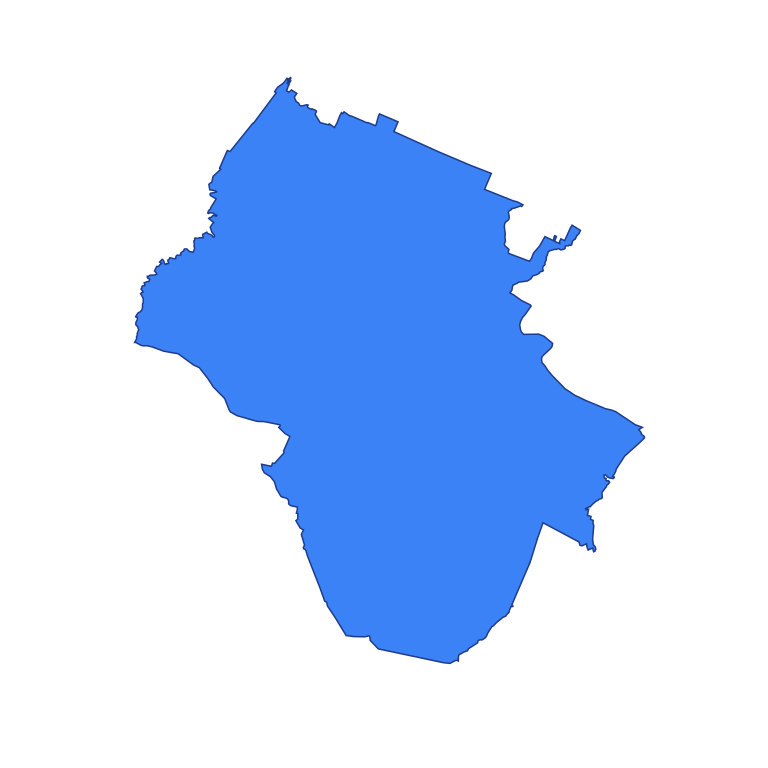 outline of Targu Trotus, Bacau, Romania, rotated 204°
{"feature_id": "2599482B41851709031441", "entity_name": "Targu Trotus", "entity_type": "district", "adm_level": 2, "iso_a3": "ROU", "parent_name": "Romania", "parent_adm1": "Bacau", "projection": "equal_earth", "projection_center": [26.691, 46.277], "detail": "fine", "context": "isolated", "style": "filled", "palette": "blue", "viewbox_px": 768, "rotation_deg": 204, "n_neighbors": 0, "source": "geoboundaries", "source_scale": "gbopen_adm2", "svg_char_len": 6171}
<svg xmlns="http://www.w3.org/2000/svg" viewBox="0 0 768 768"><g transform="rotate(204 384 384)"><path d="M596.1,623.8L596.9,623.9L597.1,623.4L597.8,619.6L598.6,617.4L601.7,612.1L602.1,610.9L602.8,606.5L600.9,606.2L609.3,569.0L609.9,568.9L619.2,533.8L622.1,533.6L622.0,514.2L620.5,513.8L624.6,504.2L623.4,498.0L624.6,496.7L625.2,495.2L622.2,490.5L617.0,491.9L615.1,491.6L615.2,491.1L620.1,487.7L620.2,486.8L619.8,486.0L618.9,485.5L612.6,484.8L613.9,475.4L614.0,474.4L613.6,473.4L614.4,472.0L614.8,470.3L614.5,468.5L613.8,468.3L612.6,469.6L610.1,470.6L607.2,470.0L605.3,470.1L605.4,469.1L608.1,468.8L608.8,468.2L609.3,467.3L609.5,466.0L611.0,465.1L611.4,463.9L605.2,462.2L606.0,460.2L606.5,456.4L602.9,452.6L599.8,451.1L599.1,450.3L598.9,449.5L599.2,448.9L600.1,448.8L601.8,449.9L606.0,449.9L607.1,450.0L607.6,450.6L610.4,447.2L610.4,446.4L608.7,444.3L608.9,443.7L611.3,443.1L613.8,441.1L615.9,440.6L616.1,440.0L615.5,438.6L615.9,437.3L614.0,434.2L613.6,432.7L612.1,431.0L611.9,426.8L615.6,425.9L619.1,427.2L621.2,426.2L621.4,425.7L621.1,424.0L622.0,423.0L623.0,420.8L622.9,420.2L622.1,419.4L623.9,417.9L625.3,417.7L625.9,416.4L625.9,415.5L625.3,414.1L625.6,413.7L626.9,413.0L631.0,412.3L630.9,411.1L631.7,409.6L631.7,408.7L629.8,406.8L630.5,405.8L631.7,405.6L632.1,404.4L633.0,404.4L635.8,407.3L637.4,407.7L638.6,404.1L636.0,403.6L637.2,402.0L637.7,399.7L639.5,398.9L639.6,393.9L636.9,392.7L636.3,391.9L638.1,390.1L641.8,388.4L643.2,386.3L644.0,386.2L643.7,385.3L642.7,384.4L640.6,384.5L640.4,383.7L640.6,381.9L641.8,381.4L644.3,378.9L642.8,377.3L642.6,376.5L644.1,375.9L644.7,374.8L644.7,374.2L644.3,373.7L644.6,371.9L641.7,370.5L641.5,369.9L642.5,369.1L643.1,367.5L638.9,364.4L637.1,360.7L637.2,359.0L635.6,355.4L635.4,352.9L636.0,350.9L637.5,349.1L637.8,348.1L638.3,344.5L637.8,344.2L636.6,344.6L636.1,344.1L635.5,342.1L635.7,339.5L635.2,337.8L634.1,336.7L632.6,336.3L630.2,333.8L630.0,329.6L629.2,328.3L629.3,326.3L628.4,325.1L628.7,320.5L627.8,321.0L621.7,320.5L619.9,320.8L615.7,322.7L610.5,323.6L598.3,324.4L584.4,327.9L565.7,323.9L559.3,323.8L547.1,317.3L538.8,311.9L523.6,305.9L515.1,297.5L513.0,296.0L505.4,295.3L487.6,297.8L484.5,298.3L478.2,300.9L463.0,304.3L462.0,304.1L461.8,303.5L462.5,301.5L454.4,298.5L448.9,297.9L448.6,296.7L448.5,281.8L447.3,280.6L451.7,267.0L453.7,266.4L453.4,263.0L463.2,260.9L460.5,256.8L457.3,254.2L450.2,253.2L444.4,250.2L439.5,244.4L432.6,239.5L430.7,239.3L427.1,240.0L424.9,239.6L423.6,238.4L422.3,235.6L419.8,234.9L413.1,236.3L412.2,234.2L411.5,230.3L410.1,230.7L407.9,225.4L408.9,223.3L402.1,218.4L398.2,217.9L398.3,212.9L391.1,204.5L391.2,201.6L390.0,200.7L389.2,200.9L387.5,200.0L384.4,196.2L359.3,171.4L349.7,161.4L347.6,161.3L345.4,158.2L332.6,150.1L316.3,138.8L309.3,140.8L298.6,145.3L295.2,147.9L294.1,147.3L292.3,144.1L281.4,139.7L216.2,153.6L210.1,155.6L206.1,160.6L204.9,161.3L203.4,161.2L205.3,165.7L205.4,167.0L202.0,171.7L199.3,174.1L199.0,176.8L193.2,185.7L193.7,188.0L192.0,189.5L190.4,190.0L188.5,192.9L187.8,195.0L187.9,198.5L186.8,206.3L185.7,207.5L184.2,211.8L180.5,219.1L178.5,221.3L177.8,224.1L176.9,226.4L177.4,228.0L177.4,232.2L175.8,233.2L176.3,234.0L177.4,234.2L178.0,280.4L181.0,305.6L182.3,321.9L141.7,319.0L139.3,316.3L137.3,316.7L134.0,320.4L132.4,317.8L130.0,315.3L126.7,319.0L124.3,316.0L123.3,317.0L123.3,319.3L124.9,321.2L127.4,322.4L130.3,327.1L134.7,339.8L136.5,342.0L137.4,344.5L139.8,344.3L140.4,344.6L141.0,347.2L144.7,346.7L146.2,352.9L148.4,351.2L149.2,352.1L146.4,355.5L145.7,355.6L144.6,359.0L142.6,363.3L141.3,364.6L140.5,366.4L138.5,368.0L138.5,369.2L140.8,373.7L139.0,380.8L139.4,382.2L138.3,383.8L137.9,386.1L139.7,387.0L141.3,386.0L141.9,386.2L142.7,388.1L143.9,387.7L144.9,388.1L145.9,390.5L144.2,391.1L142.2,390.0L140.0,389.9L136.3,390.7L135.6,391.9L135.8,392.7L137.5,392.7L137.5,393.4L137.0,394.9L136.8,398.6L137.2,400.3L137.0,402.3L134.8,416.1L126.1,435.6L124.1,440.8L125.1,442.0L128.1,442.8L130.1,444.7L132.7,445.9L130.3,449.5L137.9,449.0L161.3,453.0L165.8,452.7L171.7,451.5L192.1,451.0L205.3,451.3L216.6,453.3L233.8,460.1L240.1,463.2L244.3,466.0L248.3,467.8L250.3,470.9L250.7,473.7L246.2,484.3L245.7,486.5L246.5,489.7L257.2,492.7L262.9,492.5L276.7,486.1L279.8,487.6L281.4,489.1L284.1,493.3L284.7,497.0L284.5,501.0L283.1,505.7L281.3,515.1L282.5,515.8L292.3,516.2L302.3,518.2L305.8,518.4L306.2,518.7L305.7,519.4L305.3,521.6L306.5,526.6L303.2,530.4L302.6,531.6L294.8,536.5L292.6,539.8L292.0,543.4L288.5,546.4L287.1,548.7L286.9,550.2L284.9,551.5L284.7,552.4L286.2,554.4L286.4,555.2L286.5,556.3L285.6,558.1L285.6,559.0L286.4,560.2L286.2,563.1L287.0,565.6L287.5,565.8L287.2,568.1L287.8,571.6L286.6,573.3L283.0,576.4L281.5,576.9L279.6,578.7L277.1,578.4L274.6,580.1L273.7,581.6L274.4,583.3L274.3,584.0L271.8,585.2L271.1,586.4L269.7,586.6L269.2,587.9L269.9,591.0L268.9,593.5L268.2,594.1L268.2,597.4L267.0,601.0L267.0,604.2L276.8,605.6L276.8,604.1L277.2,603.3L277.3,588.5L281.5,588.5L281.5,585.6L280.6,583.8L286.0,583.7L286.4,586.5L286.3,588.5L287.1,589.0L288.3,589.0L288.5,588.0L287.6,583.9L296.9,584.1L298.0,573.2L300.7,564.3L300.4,559.1L301.0,555.3L323.1,554.0L324.3,555.5L324.6,557.8L329.3,559.3L330.5,560.1L331.1,561.2L331.1,563.6L333.3,567.6L334.3,570.5L338.3,577.1L338.9,579.6L338.7,581.4L337.2,584.2L337.0,585.6L337.2,586.8L338.6,589.3L340.2,591.2L340.2,592.8L338.4,595.4L338.8,596.1L336.3,597.8L331.6,602.2L330.5,602.2L329.9,604.2L336.4,604.6L340.8,603.9L371.3,602.7L371.6,620.0L395.0,618.9L429.1,618.3L477.6,618.6L477.8,629.2L498.0,628.9L498.0,626.3L496.7,617.8L496.9,616.5L505.1,616.3L505.7,615.7L523.2,615.5L524.0,615.0L531.2,616.4L531.7,614.2L533.2,614.6L533.5,610.8L533.1,603.2L533.6,598.1L539.5,599.4L539.9,599.3L540.0,598.2L548.6,596.8L556.7,602.4L556.5,605.2L556.7,605.8L557.6,606.2L561.7,606.1L561.8,605.6L563.3,605.4L566.1,605.5L567.0,607.0L566.8,607.9L567.9,607.9L572.4,604.4L574.6,604.3L576.2,605.9L579.3,606.3L579.9,607.3L581.1,608.0L582.6,609.8L581.8,614.0L588.1,615.0L589.3,612.4L589.9,612.0L592.0,612.2L592.6,612.7L592.3,613.8L592.7,617.2L592.4,618.6L592.9,620.1L592.5,622.8L592.9,622.7L593.4,621.5L594.2,619.1L594.5,619.2L594.9,619.8L593.5,624.0L593.5,625.6L594.1,625.9L595.6,622.6L596.1,623.8Z" fill="#3b82f6" stroke="#1e3a8a" stroke-width="1.5"/></g></svg>